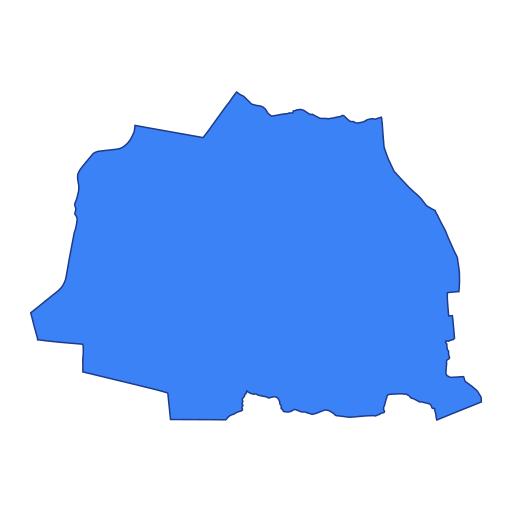 Tulca, Bihor, Romania
{"feature_id": "2599482B1784153008290", "entity_name": "Tulca", "entity_type": "district", "adm_level": 2, "iso_a3": "ROU", "parent_name": "Romania", "parent_adm1": "Bihor", "projection": "natural_earth1", "projection_center": [21.788, 46.781], "detail": "fine", "context": "isolated", "style": "filled", "palette": "blue", "viewbox_px": 512, "rotation_deg": 0, "n_neighbors": 0, "source": "geoboundaries", "source_scale": "gbopen_adm2", "svg_char_len": 6031}
<svg xmlns="http://www.w3.org/2000/svg" viewBox="0 0 512 512"><path d="M481.3,402.0L481.3,400.2L481.2,398.1L480.9,396.8L479.1,393.9L478.3,392.5L477.6,391.4L476.2,389.9L475.0,388.9L473.5,387.7L472.6,386.8L465.0,381.2L464.4,379.0L463.7,376.9L463.2,376.6L457.6,377.0L450.7,377.4L450.0,377.2L447.0,375.6L446.0,373.8L445.9,373.4L446.3,367.2L446.4,366.0L446.6,364.0L446.6,363.2L446.5,361.6L446.5,361.3L446.7,360.6L446.9,360.2L447.2,359.9L448.7,359.0L449.3,358.4L449.5,358.0L449.5,357.4L449.3,356.7L448.8,355.1L448.6,354.2L448.6,352.0L448.5,351.2L448.4,350.8L447.6,350.1L447.4,349.7L447.1,348.1L447.0,346.7L446.8,345.6L446.7,345.1L446.8,344.9L446.9,344.5L446.8,343.9L446.4,343.4L445.8,342.8L445.6,342.5L445.6,341.6L445.7,341.1L449.0,341.1L449.8,340.5L450.2,340.3L452.8,339.7L453.3,339.5L454.5,338.2L454.5,337.8L452.9,319.9L452.4,315.7L448.7,315.9L448.3,311.6L447.9,306.5L447.5,301.6L447.3,297.0L447.3,295.4L447.5,292.6L458.3,291.6L458.9,291.7L459.3,286.8L459.4,285.0L459.5,282.0L459.5,277.5L459.5,276.7L459.4,273.2L459.3,271.5L459.0,269.0L457.6,259.5L457.6,259.1L457.6,258.7L457.0,256.7L454.2,251.1L448.7,238.8L447.7,236.4L445.5,230.9L444.5,228.9L441.2,222.8L438.8,218.0L437.4,215.0L436.9,214.3L435.6,211.8L435.1,210.5L432.3,209.1L426.5,205.7L421.8,199.6L420.6,198.2L419.4,197.0L417.0,194.6L414.4,192.4L409.0,187.4L399.0,176.7L394.0,171.2L388.0,158.3L385.9,152.5L385.1,150.3L384.0,146.6L383.0,134.2L382.2,123.1L381.9,120.7L381.8,120.0L381.7,118.5L381.3,117.2L374.9,119.2L374.1,119.1L372.6,118.6L370.2,119.0L367.1,119.8L363.7,121.7L361.4,122.3L359.0,122.8L356.3,123.1L354.4,122.1L353.2,121.5L352.1,121.6L351.0,121.5L349.7,121.1L347.5,119.2L343.8,115.7L343.3,115.5L342.7,115.4L342.0,115.6L340.8,116.3L340.2,116.6L337.7,117.0L336.7,117.1L333.7,117.9L330.3,118.4L328.7,118.8L325.5,118.4L321.2,118.4L320.0,118.3L312.3,114.3L311.2,114.5L310.3,114.3L308.6,113.6L304.7,110.9L303.8,110.4L302.5,109.9L300.7,109.5L299.6,109.5L297.8,109.8L296.8,109.8L295.8,110.4L293.2,111.0L293.1,112.6L292.4,113.0L291.0,113.0L290.0,112.9L289.1,113.0L288.2,113.4L287.0,113.7L283.5,114.0L280.8,114.5L273.7,115.8L271.6,116.0L270.3,115.3L268.7,113.9L267.7,112.9L267.0,111.6L266.1,110.1L265.2,109.0L264.4,108.2L263.5,107.5L262.7,106.9L261.5,106.4L260.4,106.0L256.0,105.3L253.4,104.6L251.7,104.1L251.1,103.7L249.9,102.4L243.7,96.3L242.7,95.8L240.2,94.6L236.6,92.0L234.8,94.3L231.8,98.4L229.3,102.2L227.4,104.5L223.6,109.6L208.4,130.7L203.1,137.6L147.0,127.6L135.0,125.4L134.8,128.0L134.1,131.9L132.8,134.9L130.8,138.8L129.1,141.3L127.4,143.4L124.3,146.1L122.0,147.6L119.6,148.6L116.0,149.3L98.2,151.3L95.8,152.1L93.2,153.5L82.9,165.9L80.4,169.2L79.7,170.3L78.9,171.8L78.4,172.8L77.7,174.7L77.6,176.5L77.6,178.1L77.8,180.1L78.6,184.6L78.8,186.4L78.8,188.2L78.7,190.0L78.4,191.8L77.2,197.0L76.3,199.9L75.1,202.8L74.8,203.8L74.7,204.3L74.7,205.1L75.6,207.8L75.8,208.7L75.7,210.1L75.3,211.7L74.9,213.1L74.8,213.9L75.4,214.9L76.1,215.9L76.6,216.9L77.0,218.3L77.1,219.5L77.0,220.8L76.7,222.8L76.5,224.3L76.1,226.2L75.4,229.3L74.2,232.9L69.3,258.7L66.4,275.3L65.4,280.0L64.0,283.3L62.5,286.0L61.0,287.9L58.5,290.5L53.9,294.2L45.6,300.8L38.4,306.7L30.7,312.8L32.0,317.7L33.9,325.2L36.9,336.1L37.6,338.7L37.6,339.9L37.9,340.0L38.2,340.0L38.5,339.8L46.1,340.8L58.0,342.1L82.6,344.2L83.0,345.4L83.2,347.0L83.3,352.2L83.2,353.9L82.8,359.3L82.8,362.4L82.9,366.7L82.9,367.9L82.8,371.9L131.7,383.7L157.7,390.1L164.1,391.9L167.5,392.9L167.8,393.4L167.9,394.0L170.5,419.5L216.6,419.7L224.3,419.8L225.8,419.8L226.6,419.0L227.5,417.8L227.8,417.3L228.2,417.0L229.1,416.3L230.0,415.6L231.5,414.9L234.2,414.0L234.7,413.7L235.7,412.9L237.1,412.3L238.3,411.8L241.5,410.8L241.7,410.7L242.1,410.4L242.3,410.1L242.4,409.8L242.5,409.6L242.4,409.0L242.3,408.5L241.9,407.7L241.8,407.3L241.9,407.1L242.0,406.9L242.8,405.9L242.9,405.7L242.9,405.3L242.8,404.9L242.2,404.2L242.1,403.6L242.1,403.3L242.1,403.1L242.2,402.8L242.6,402.3L242.7,401.9L242.8,401.5L242.7,401.1L242.6,400.3L242.3,399.6L242.3,399.2L242.3,398.8L242.4,398.7L243.3,397.7L244.4,396.3L244.5,395.9L244.6,395.5L244.6,395.2L244.7,394.8L244.9,394.5L245.7,393.8L245.9,393.6L246.3,392.6L246.8,391.0L247.7,391.8L250.8,393.5L252.7,393.8L253.7,394.3L254.3,394.2L255.1,393.9L255.9,393.9L257.0,394.5L257.8,395.0L258.5,395.2L259.4,395.4L260.4,395.7L262.6,396.2L265.4,396.6L266.4,396.8L267.6,397.6L268.2,397.8L269.1,397.9L270.0,397.7L271.3,397.3L272.8,397.0L273.9,396.7L274.7,396.7L275.5,396.9L276.4,397.2L277.4,397.8L278.3,398.8L278.5,399.2L279.3,400.8L279.6,401.6L279.8,403.3L280.1,404.4L280.8,405.2L281.3,406.1L281.3,407.0L281.1,407.5L281.0,408.0L281.3,408.4L281.6,408.9L282.4,409.6L282.8,410.0L283.0,410.6L283.2,411.0L283.4,411.3L283.9,411.6L286.6,411.9L287.6,412.0L288.4,412.0L289.5,411.8L290.6,411.5L291.7,411.0L294.3,409.5L294.9,409.4L295.5,409.6L300.8,411.7L301.6,411.9L302.5,412.0L305.4,412.0L305.9,412.1L306.6,412.6L307.5,413.0L308.2,413.1L308.9,413.2L309.8,413.5L310.8,414.0L311.7,414.2L312.6,414.3L316.4,413.3L324.2,410.2L324.9,410.1L326.0,410.0L327.0,410.2L328.6,410.6L329.8,411.1L331.6,412.2L333.1,413.2L334.2,414.0L335.3,415.2L336.2,415.6L337.0,415.8L337.9,415.8L345.2,416.7L347.4,417.0L349.7,417.2L351.8,417.1L359.9,416.4L363.2,416.1L367.7,415.8L373.5,415.6L374.9,415.9L375.4,415.9L376.3,415.6L378.1,414.8L379.5,414.4L380.2,413.9L380.8,413.3L383.2,412.8L383.8,412.6L384.3,412.2L384.4,411.7L384.5,411.1L383.6,409.9L383.6,409.4L383.7,408.1L383.7,407.3L383.8,406.7L384.3,406.0L384.5,405.4L384.7,404.4L385.3,402.4L385.9,399.9L386.4,398.7L386.8,397.3L387.0,396.1L387.4,395.4L388.2,394.8L389.3,394.4L392.7,394.1L396.7,393.9L402.6,393.8L403.5,394.1L404.0,394.2L406.0,394.0L407.1,394.7L407.8,395.1L408.8,395.5L409.2,395.8L409.7,396.5L410.6,397.6L411.2,398.0L412.1,398.4L413.2,398.6L414.0,398.9L416.6,400.3L418.3,401.3L419.7,402.0L421.5,401.9L422.3,402.0L423.0,402.3L425.1,402.8L426.9,403.1L430.1,404.2L430.5,404.7L431.1,405.4L431.4,406.2L431.8,407.4L432.4,408.4L434.5,408.4L434.9,410.8L435.5,412.8L435.8,414.3L436.0,415.3L436.2,417.5L436.6,419.2L436.8,420.0L448.0,415.4L481.3,402.0Z" fill="#3b82f6" stroke="#1e3a8a" stroke-width="1.5"/></svg>